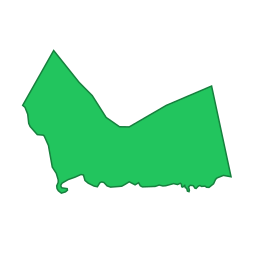 Djibouti, Arta, Djibouti (Equal Earth projection), rotated 185°
{"feature_id": "41766387B83981523687012", "entity_name": "Djibouti", "entity_type": "district", "adm_level": 2, "iso_a3": "DJI", "parent_name": "Djibouti", "parent_adm1": "Arta", "projection": "equal_earth", "projection_center": [43.007, 11.493], "detail": "fine", "context": "isolated", "style": "filled", "palette": "green", "viewbox_px": 256, "rotation_deg": 185, "n_neighbors": 0, "source": "geoboundaries", "source_scale": "gbopen_adm2", "svg_char_len": 1143}
<svg xmlns="http://www.w3.org/2000/svg" viewBox="0 0 256 256"><g transform="rotate(185 128 128)"><path d="M21.1,88.4L48.4,177.1L91.8,153.9L126.9,129.2L136.6,128.5L150.7,136.6L166.4,157.1L180.7,169.2L208.8,198.7L234.9,141.4L232.4,139.6L229.1,133.0L227.3,123.9L225.6,120.9L217.8,113.5L211.9,113.5L210.7,112.6L205.7,103.6L204.9,100.5L200.0,82.4L195.5,76.6L193.0,70.2L192.8,67.7L194.0,64.1L193.4,61.4L191.9,59.4L188.7,57.3L184.7,58.9L184.2,59.4L182.9,60.8L183.3,62.3L188.6,62.6L189.6,63.7L189.9,65.5L189.7,65.8L188.8,67.4L183.1,71.4L176.5,74.4L170.8,77.6L168.3,77.3L166.3,72.0L162.9,69.6L156.8,67.2L153.4,66.8L151.3,71.0L149.5,72.0L147.2,71.6L143.8,68.5L140.2,67.6L131.7,69.0L129.1,69.5L126.0,71.6L122.1,74.5L116.0,72.0L112.7,74.4L110.7,71.5L108.5,70.6L98.8,71.8L95.7,72.2L92.0,73.9L88.2,73.3L85.3,73.8L77.7,76.6L73.7,76.0L71.1,77.5L69.9,76.6L69.4,74.2L68.3,73.9L66.5,75.7L65.8,73.6L64.3,73.0L63.3,70.3L61.7,69.9L61.4,71.2L62.5,74.8L60.9,76.4L57.9,76.2L56.1,73.9L54.9,73.7L52.9,76.2L51.3,77.0L49.7,76.2L46.3,76.8L44.5,75.8L42.1,75.9L37.9,79.9L36.3,84.4L34.8,86.1L28.8,89.1L21.1,88.4Z" fill="#22c55e" stroke="#15803d" stroke-width="1.5"/></g></svg>